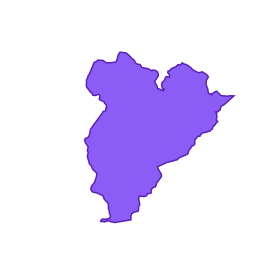 Pirassununga, São Paulo, Brazil, rotated 308°
{"feature_id": "56859067B61484567456401", "entity_name": "Pirassununga", "entity_type": "district", "adm_level": 2, "iso_a3": "BRA", "parent_name": "Brazil", "parent_adm1": "São Paulo", "projection": "natural_earth1", "projection_center": [-47.38, -21.972], "detail": "fine", "context": "isolated", "style": "filled", "palette": "violet", "viewbox_px": 256, "rotation_deg": 308, "n_neighbors": 0, "source": "geoboundaries", "source_scale": "gbopen_adm2", "svg_char_len": 3549}
<svg xmlns="http://www.w3.org/2000/svg" viewBox="0 0 256 256"><g transform="rotate(308 128 128)"><path d="M212.7,130.5L211.3,130.7L209.7,130.0L208.8,128.5L207.2,128.2L205.5,127.9L204.0,127.0L202.4,126.0L200.9,125.6L198.6,125.4L197.4,124.5L196.1,125.3L195.2,128.3L193.5,129.4L192.9,127.8L192.0,126.5L190.7,126.4L189.0,127.1L187.1,127.3L185.0,126.8L182.6,127.9L181.1,129.8L180.1,131.1L180.7,132.7L179.4,132.9L178.4,131.7L178.2,129.4L177.4,126.8L178.9,125.3L179.5,123.3L180.5,121.3L181.7,120.2L183.6,120.2L185.6,119.9L187.2,119.9L188.4,119.3L189.6,118.2L190.5,116.0L190.1,113.9L189.0,111.9L187.7,111.5L187.4,108.8L186.9,106.7L185.7,104.8L185.1,103.1L184.1,101.7L184.8,100.4L185.5,98.4L184.0,96.2L184.0,93.4L185.2,91.6L185.3,90.1L185.1,88.1L185.7,86.1L185.7,84.2L186.1,82.0L185.8,79.9L184.4,77.6L182.8,75.0L180.2,75.1L178.5,75.8L177.0,76.4L175.6,77.1L173.3,77.7L172.1,77.4L170.7,76.1L169.1,74.5L168.2,73.3L167.3,72.3L166.3,71.3L165.9,69.6L165.9,66.8L164.4,64.5L163.0,62.4L160.7,62.1L159.0,60.9L146.9,64.3L145.4,64.3L143.3,64.9L141.9,65.4L140.1,65.8L138.3,67.3L136.4,68.6L135.0,69.8L134.4,71.6L134.0,73.5L133.3,75.3L133.2,78.1L132.2,80.1L132.9,81.4L133.8,82.5L135.5,83.3L136.6,84.6L135.9,86.3L132.8,87.7L133.3,90.6L133.9,93.2L133.0,94.6L132.9,96.6L131.4,98.3L130.1,98.2L129.1,99.1L127.7,99.8L125.9,98.3L123.2,98.7L121.6,98.5L119.9,98.7L104.6,99.2L102.9,99.6L101.4,100.6L99.8,101.3L97.6,102.2L95.3,102.2L93.8,100.9L92.1,101.0L90.7,102.7L89.8,104.3L89.4,106.1L88.4,108.5L86.8,109.0L85.2,110.0L84.3,111.4L83.2,112.3L81.2,113.0L79.8,114.3L78.3,116.7L76.0,119.6L75.7,122.0L74.8,123.8L73.9,125.1L73.5,126.8L73.5,128.9L73.2,130.7L72.1,132.1L70.7,132.8L69.4,133.4L68.1,133.8L65.9,134.7L63.3,135.2L60.7,135.0L59.4,135.2L57.7,135.9L56.3,137.1L55.9,140.1L57.5,142.8L58.3,146.3L59.1,149.0L59.0,150.8L57.5,152.5L56.9,155.0L56.5,158.4L55.2,159.9L54.1,161.0L52.3,162.2L51.6,164.0L50.4,164.8L49.4,165.8L48.8,167.2L47.5,168.6L45.8,168.9L43.9,168.0L42.0,166.2L41.0,164.3L39.2,163.4L37.5,164.1L38.8,165.7L39.6,167.3L41.0,168.3L43.0,169.6L43.4,171.8L44.5,173.9L45.3,175.7L57.5,186.9L58.9,185.6L61.0,184.2L62.5,183.8L64.9,184.4L66.3,185.2L67.3,186.1L68.3,187.1L70.4,186.5L71.9,185.1L73.1,184.8L74.7,184.5L76.4,182.7L78.4,180.2L80.2,179.4L81.4,178.9L82.6,181.1L84.5,183.4L86.1,184.3L88.4,183.8L90.0,185.8L91.4,186.2L92.6,184.9L94.5,184.2L96.7,184.5L98.5,185.8L100.4,185.3L102.6,184.4L105.7,184.4L107.2,184.2L108.7,184.4L110.3,184.2L111.5,183.3L112.5,182.0L112.9,180.5L113.6,179.0L114.2,177.2L115.5,175.1L124.2,179.5L133.4,186.4L135.0,186.5L137.1,187.2L143.5,190.8L145.0,191.0L146.7,190.2L148.1,189.6L149.5,189.8L151.1,189.7L153.1,189.6L154.9,190.4L156.7,190.4L158.2,189.0L160.2,188.0L162.3,188.2L164.4,188.0L165.7,189.7L167.6,189.4L169.3,189.5L170.8,190.4L172.5,192.0L174.5,193.3L175.8,194.4L177.9,194.6L179.1,195.1L180.5,194.4L182.2,194.2L184.1,194.7L185.8,194.4L188.3,194.7L188.6,193.0L189.7,191.9L191.2,191.5L192.3,190.4L193.9,188.9L194.6,187.3L195.9,188.8L197.6,189.0L199.1,189.5L201.2,188.3L203.6,188.3L205.2,189.3L218.5,191.7L216.8,189.3L215.3,187.6L213.9,186.5L213.3,185.1L212.3,183.7L211.1,181.8L210.7,180.4L211.2,179.0L211.1,177.2L211.7,175.7L210.8,174.6L209.6,174.2L208.3,173.7L206.8,173.3L205.5,173.6L205.9,172.1L204.8,170.8L205.3,169.5L206.6,168.1L207.6,167.1L209.7,163.7L211.2,161.9L212.9,160.9L214.5,160.2L216.0,160.2L217.9,159.7L218.5,157.1L218.2,154.1L218.0,152.0L216.5,150.8L215.2,149.8L214.6,148.1L214.2,145.7L213.8,143.0L214.2,140.5L214.1,138.6L214.2,136.6L213.6,134.5L212.9,132.5L212.7,130.5Z" fill="#8b5cf6" stroke="#5b21b6" stroke-width="1.5"/></g></svg>